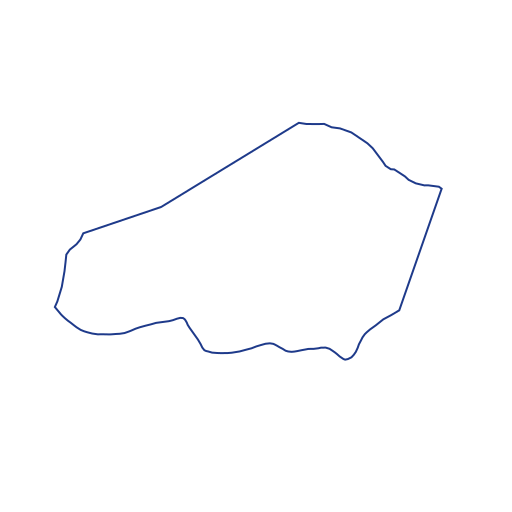 Galba, Micoud, Saint Lucia, rotated 133°
{"feature_id": "8701671B38782099046323", "entity_name": "Galba", "entity_type": "district", "adm_level": 2, "iso_a3": "LCA", "parent_name": "Saint Lucia", "parent_adm1": "Micoud", "projection": "albers", "projection_center": [-60.938, 13.836], "detail": "fine", "context": "isolated", "style": "outline", "palette": "blue", "viewbox_px": 512, "rotation_deg": 133, "n_neighbors": 0, "source": "geoboundaries", "source_scale": "gbopen_adm2", "svg_char_len": 1656}
<svg xmlns="http://www.w3.org/2000/svg" viewBox="0 0 512 512"><g transform="rotate(133 256 256)"><path d="M129.4,315.5L284.8,358.8L357.2,397.8L363.7,395.7L369.8,395.3L378.3,396.5L384.3,395.7L390.4,391.1L397.7,385.7L411.0,377.0L424.7,370.3L430.5,368.3L431.7,358.9L431.8,356.8L431.8,353.1L431.6,349.4L431.2,346.2L430.8,341.5L430.5,338.6L429.6,333.8L428.3,330.4L426.9,327.5L424.4,322.9L421.2,318.3L418.2,315.2L414.0,310.5L412.2,308.6L408.7,305.4L405.8,302.6L402.0,299.6L398.0,297.5L395.7,296.4L391.3,294.5L387.4,292.4L382.2,289.2L377.6,286.2L373.1,283.5L363.0,275.2L359.6,273.0L355.7,271.0L352.9,269.2L351.2,267.1L350.9,265.3L351.1,263.9L351.9,261.2L352.9,259.1L353.8,255.7L356.7,241.5L358.2,236.4L359.6,232.8L360.1,229.5L359.5,227.7L358.4,225.8L356.6,222.2L353.3,218.1L351.3,215.8L346.6,210.8L343.3,207.8L337.0,202.9L330.9,199.1L326.5,196.3L321.9,194.1L317.8,191.7L313.7,189.2L310.4,186.3L308.5,183.5L308.0,182.1L307.3,179.5L306.7,176.7L305.7,173.1L305.1,169.8L303.9,167.4L301.9,164.7L299.8,162.8L297.3,160.9L293.9,158.5L290.8,156.2L288.2,154.3L284.7,150.6L281.0,147.5L278.8,146.0L275.5,142.6L273.7,138.9L273.1,135.3L272.7,132.5L272.5,129.9L272.4,126.3L271.7,121.8L271.0,120.1L268.7,118.5L265.0,117.1L261.6,117.1L258.1,117.6L253.8,119.0L250.4,120.5L246.3,121.6L242.9,122.6L239.0,123.1L236.4,123.0L231.9,122.5L225.0,121.1L215.5,119.7L207.3,116.9L205.3,116.3L198.0,114.2L80.2,166.1L80.6,169.5L86.9,178.3L89.5,181.0L93.9,188.7L96.2,196.3L96.2,201.3L98.4,213.9L100.6,216.6L101.7,222.7L100.6,227.3L97.6,244.1L97.6,251.4L100.6,270.5L105.4,281.6L110.3,288.5L112.9,296.2L117.7,301.1L125.1,309.2L129.4,315.5Z" fill="none" stroke="#1e3a8a" stroke-width="2"/></g></svg>